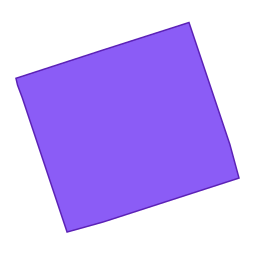 Roscommon, Michigan, United States of America, rotated 162°
{"feature_id": "52423323B93636603770838", "entity_name": "Roscommon", "entity_type": "district", "adm_level": 2, "iso_a3": "USA", "parent_name": "United States of America", "parent_adm1": "Michigan", "projection": "robinson", "projection_center": [-84.548, 44.336], "detail": "fine", "context": "isolated", "style": "filled", "palette": "violet", "viewbox_px": 256, "rotation_deg": 162, "n_neighbors": 0, "source": "geoboundaries", "source_scale": "gbopen_adm2", "svg_char_len": 283}
<svg xmlns="http://www.w3.org/2000/svg" viewBox="0 0 256 256"><g transform="rotate(162 128 128)"><path d="M218.1,47.9L180.4,46.3L37.9,46.1L36.2,80.9L37.4,209.5L129.0,209.9L219.2,209.9L219.8,202.9L219.2,189.7L218.1,47.9Z" fill="#8b5cf6" stroke="#5b21b6" stroke-width="1.5"/></g></svg>